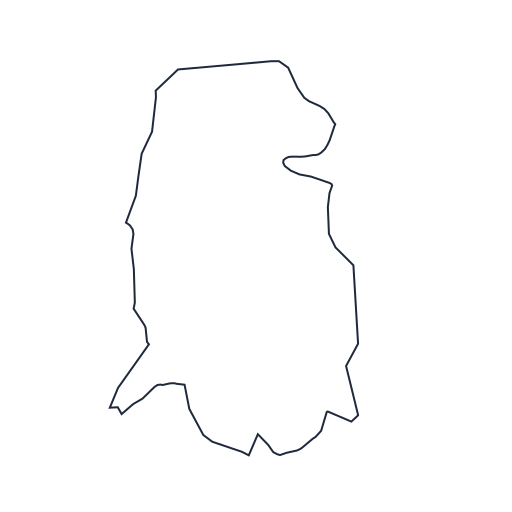 Tashigang, Albers equal-area conic projection, rotated 286°
{"feature_id": "BTN-2493", "entity_name": "Tashigang", "entity_type": "District", "adm_level": 1, "iso_a3": "BTN", "parent_name": "Bhutan", "parent_adm1": "", "projection": "albers", "projection_center": [91.704, 27.241], "detail": "fine", "context": "isolated", "style": "outline", "palette": "slate", "viewbox_px": 512, "rotation_deg": 286, "n_neighbors": 0, "source": "natural_earth", "source_scale": "10m", "svg_char_len": 1332}
<svg xmlns="http://www.w3.org/2000/svg" viewBox="0 0 512 512"><g transform="rotate(286 256 256)"><path d="M252.2,121.8L280.8,123.9L300.8,120.9L322.8,117.9L346.8,121.8L380.9,116.1L387.3,114.0L413.8,129.6L447.5,217.1L449.6,224.4L445.9,235.0L428.9,249.6L421.4,258.8L419.4,264.3L417.7,276.0L416.1,281.3L413.1,286.2L406.0,293.8L404.5,295.9L404.4,295.9L403.0,295.6L387.7,294.9L382.7,294.1L377.7,292.7L373.4,290.2L370.8,287.9L369.4,285.3L368.6,282.6L365.5,276.4L364.1,272.8L361.3,262.9L360.2,260.1L358.3,257.8L355.7,256.0L353.0,256.5L350.4,258.9L347.6,266.0L346.4,275.3L347.5,286.7L346.5,306.4L346.0,308.7L344.7,309.8L336.8,309.3L322.8,311.6L297.4,320.0L286.2,330.0L273.9,352.2L199.8,378.3L175.1,372.9L131.2,398.0L130.9,398.0L123.1,393.3L126.3,367.8L125.5,367.0L105.9,366.8L98.5,363.1L96.1,361.0L84.5,353.2L82.7,351.7L80.4,349.1L75.3,339.7L71.3,334.0L71.3,331.1L72.2,326.7L77.7,319.9L85.2,306.9L62.4,304.0L63.9,296.5L65.4,265.2L69.4,254.7L90.7,234.0L112.6,222.8L111.3,215.2L111.2,212.9L110.7,210.8L109.6,207.9L106.3,201.9L106.0,199.4L104.8,196.8L102.1,194.5L87.6,186.2L79.9,178.8L67.0,170.4L72.5,164.8L69.9,157.3L91.1,159.7L141.6,177.4L143.4,174.9L156.7,169.6L159.1,167.5L171.6,152.9L177.7,152.4L209.7,142.2L228.6,134.3L243.4,132.1L247.6,130.1L250.7,126.3L252.0,122.8L252.2,121.8Z" fill="none" stroke="#1e293b" stroke-width="2"/></g></svg>